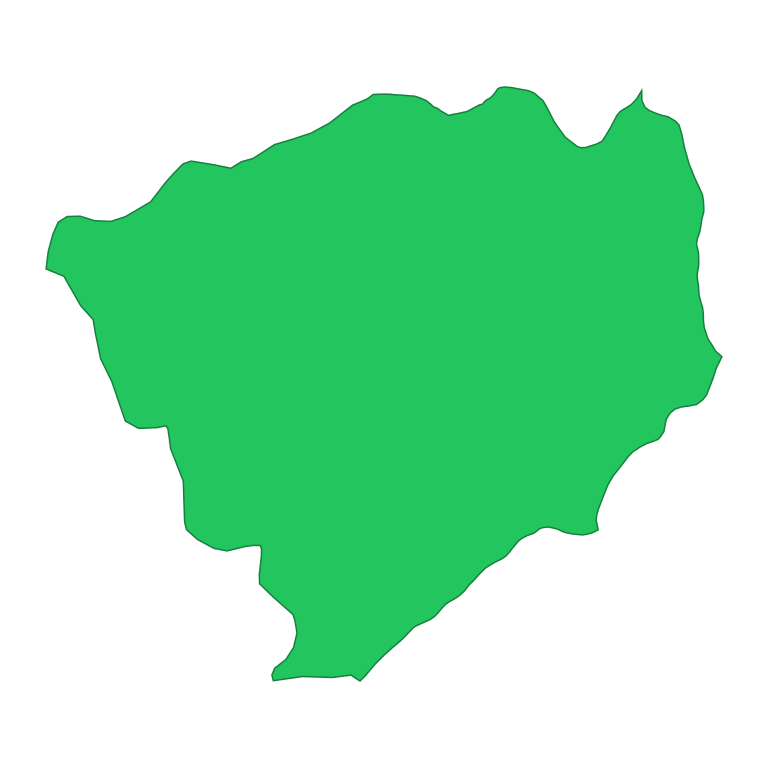 Drepung, Mongar, Bhutan (Equal Earth projection)
{"feature_id": "84629894B57522775958352", "entity_name": "Drepung", "entity_type": "district", "adm_level": 2, "iso_a3": "BTN", "parent_name": "Bhutan", "parent_adm1": "Mongar", "projection": "equal_earth", "projection_center": [91.265, 27.207], "detail": "fine", "context": "isolated", "style": "filled", "palette": "green", "viewbox_px": 768, "rotation_deg": 0, "n_neighbors": 0, "source": "geoboundaries", "source_scale": "gbopen_adm2", "svg_char_len": 2954}
<svg xmlns="http://www.w3.org/2000/svg" viewBox="0 0 768 768"><path d="M641.7,90.6L636.7,98.9L631.1,104.7L620.3,111.4L616.9,115.5L610.3,128.0L606.1,134.9L602.2,141.1L597.0,143.9L585.3,147.6L580.1,147.6L577.3,146.5L565.4,137.4L559.4,129.2L554.4,122.0L550.6,114.7L546.1,105.9L542.8,100.4L534.3,93.2L528.6,90.7L511.0,87.5L504.6,87.0L499.8,87.7L497.8,88.8L493.9,94.3L490.6,97.7L485.5,100.6L482.3,104.3L479.9,104.7L475.0,107.2L471.1,109.4L466.5,111.7L460.5,112.9L458.2,113.5L452.3,114.5L448.6,115.4L441.1,111.1L437.4,108.3L433.4,106.8L430.9,104.3L426.1,100.5L419.5,97.7L414.4,96.1L410.3,95.9L401.5,95.1L394.6,94.8L389.9,94.2L384.5,94.1L379.5,94.2L373.2,94.5L368.0,98.4L365.4,99.8L359.0,102.5L352.6,105.1L329.5,123.1L318.6,129.0L311.1,133.1L292.0,139.4L274.5,144.6L253.2,158.4L241.5,161.7L230.8,168.3L214.2,164.8L194.8,161.7L191.1,161.1L183.0,163.9L173.6,173.5L165.4,182.7L150.6,201.9L125.3,216.7L111.0,221.4L94.4,220.7L80.2,216.2L67.2,216.5L58.2,222.2L52.9,234.3L48.3,251.2L46.1,269.0L63.9,276.3L80.7,305.7L93.2,319.7L95.5,333.8L98.3,347.1L100.6,358.6L111.8,381.5L125.3,421.0L138.6,428.4L157.3,427.6L165.9,425.8L167.9,428.7L169.4,438.9L170.6,448.6L183.3,481.0L184.6,521.8L186.5,529.6L197.4,539.4L214.0,548.4L227.0,550.9L246.1,546.3L253.8,545.4L260.3,545.5L261.5,548.9L261.4,556.2L259.3,575.1L259.6,583.8L273.3,597.1L293.0,614.5L295.0,620.9L297.0,633.0L293.6,647.5L285.8,659.6L274.7,668.2L271.9,675.0L272.7,678.1L273.3,680.7L302.5,676.5L332.2,677.5L351.1,675.1L355.7,678.3L360.0,681.0L365.5,675.6L370.4,669.6L375.2,664.0L384.3,654.9L392.1,647.9L400.7,640.6L404.7,636.7L413.4,627.6L416.7,625.6L422.0,623.2L430.0,619.6L434.5,616.5L438.0,612.9L441.4,608.7L445.1,604.8L448.0,602.5L456.1,597.9L461.4,593.9L464.7,590.6L469.4,584.6L474.2,579.9L479.9,573.5L485.9,567.7L490.1,565.1L494.7,562.3L499.2,560.2L502.6,558.4L506.0,555.9L509.4,552.2L512.6,548.0L516.2,543.7L519.0,540.5L522.2,538.2L527.2,535.6L533.6,533.3L536.8,531.0L539.5,528.8L542.8,527.6L547.3,527.0L551.5,527.6L557.5,529.1L562.1,531.3L565.5,532.6L571.4,533.8L576.4,534.4L582.7,534.9L586.2,534.4L592.0,532.9L598.1,530.0L597.6,526.9L596.1,520.0L596.8,514.8L598.6,508.6L603.1,496.8L607.9,484.9L613.3,475.7L622.5,464.1L628.4,456.3L633.1,451.6L639.9,447.1L646.9,443.4L653.4,441.3L658.1,439.3L659.8,437.5L663.9,431.6L665.1,425.0L666.3,419.2L669.9,413.3L674.9,409.1L681.3,407.0L690.0,405.8L696.7,404.4L702.9,399.7L706.5,395.0L709.9,386.4L713.1,378.2L716.3,368.1L721.9,356.7L715.6,351.1L712.4,345.7L707.9,338.7L704.3,327.8L703.4,320.4L703.4,315.4L702.7,308.1L700.8,301.9L699.0,294.6L698.5,286.2L697.2,277.4L697.4,272.7L698.5,266.8L698.8,262.3L698.5,252.7L696.5,244.1L697.2,239.1L699.7,232.2L700.8,226.4L701.7,219.8L703.8,211.8L703.8,207.7L703.5,201.5L702.4,194.6L699.2,187.5L694.5,177.4L691.6,170.1L689.1,164.1L684.4,147.3L682.0,135.1L680.4,129.5L679.0,125.0L675.7,121.3L668.2,116.8L661.7,115.3L655.6,113.2L649.4,110.6L645.1,107.4L641.9,100.7L641.7,90.6Z" fill="#22c55e" stroke="#15803d" stroke-width="1.5"/></svg>